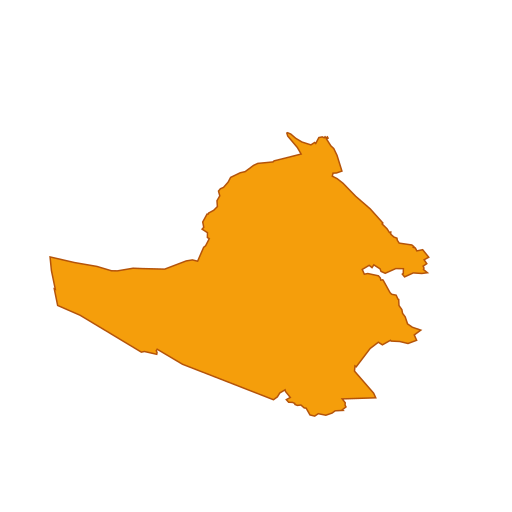 outline of Clondalkin Lea-7, South Dublin, Ireland, rotated 208°
{"feature_id": "5873133B52619752343390", "entity_name": "Clondalkin Lea-7", "entity_type": "district", "adm_level": 2, "iso_a3": "IRL", "parent_name": "Ireland", "parent_adm1": "South Dublin", "projection": "equal_earth", "projection_center": [-6.483, 53.28], "detail": "fine", "context": "isolated", "style": "filled", "palette": "amber", "viewbox_px": 512, "rotation_deg": 208, "n_neighbors": 0, "source": "geoboundaries", "source_scale": "gbopen_adm2", "svg_char_len": 2281}
<svg xmlns="http://www.w3.org/2000/svg" viewBox="0 0 512 512"><g transform="rotate(208 256 256)"><path d="M437.4,158.5L429.8,147.1L417.6,132.4L418.7,132.3L407.9,119.2L383.5,121.1L312.1,117.3L309.7,119.3L297.5,122.6L298.1,124.4L299.6,125.5L299.5,127.3L270.1,125.9L173.1,137.3L171.0,141.6L170.7,146.2L167.5,151.5L166.3,150.2L159.3,147.2L161.8,143.4L158.5,142.2L155.0,143.9L152.5,144.0L151.9,143.2L149.3,143.5L146.4,145.5L142.1,144.5L140.3,145.2L133.7,141.0L129.0,142.2L127.0,146.0L119.6,148.2L115.1,153.0L113.4,156.5L106.7,160.5L107.6,160.7L105.7,165.0L107.4,166.2L108.3,168.3L112.8,170.3L83.7,187.0L87.7,190.1L115.0,200.6L117.0,205.4L115.5,205.2L111.8,227.9L107.5,237.3L102.7,236.9L97.7,244.7L96.8,244.3L88.9,248.0L80.7,250.1L74.6,257.0L79.2,260.6L75.7,267.9L84.5,266.5L90.3,267.2L95.7,272.3L99.7,274.2L102.0,277.1L106.5,279.4L109.6,284.6L110.3,284.5L113.9,287.2L118.2,285.9L120.5,286.6L131.7,293.9L132.9,294.5L134.5,293.3L135.8,294.9L138.6,296.0L149.1,293.0L151.8,290.8L155.9,294.0L151.7,300.9L148.1,300.2L147.8,303.5L140.4,302.9L138.4,301.1L133.8,301.4L126.7,310.5L119.9,314.0L117.8,309.8L118.3,308.7L115.0,307.3L109.2,314.9L101.4,318.4L96.8,321.7L101.8,322.7L102.0,324.2L103.7,325.5L101.6,329.4L105.8,331.6L102.9,336.0L111.8,339.8L116.4,336.0L119.1,337.9L121.1,337.5L121.0,338.4L123.6,338.9L135.6,334.6L138.6,336.2L139.9,337.9L143.2,337.5L147.2,338.5L148.3,340.4L149.1,339.3L153.2,341.6L159.7,343.5L159.5,344.7L177.2,351.2L196.0,355.5L213.4,361.1L220.7,362.4L226.1,362.3L226.9,365.3L223.9,367.1L220.0,371.3L231.7,382.9L237.8,387.4L241.6,388.4L248.7,392.4L247.7,393.9L248.9,394.7L249.6,393.2L251.0,393.7L251.3,392.4L253.4,392.3L256.1,390.1L256.1,383.4L257.5,383.8L259.7,379.9L269.0,378.2L276.3,378.6L282.5,380.0L286.0,379.7L286.5,379.0L284.3,376.8L270.4,371.2L264.0,367.2L284.7,348.5L285.2,347.0L297.9,338.6L300.7,334.9L305.2,325.4L309.0,322.1L315.3,313.5L315.3,308.1L316.9,301.3L319.0,298.7L319.6,295.7L316.2,292.1L316.4,286.5L313.3,281.5L314.8,276.5L318.0,271.7L318.0,270.4L318.9,270.0L319.0,261.0L315.6,256.8L316.2,254.4L309.8,253.8L307.6,249.5L305.4,249.4L305.3,241.3L306.3,239.1L305.1,224.0L310.3,222.7L315.3,218.9L330.5,201.5L350.5,191.5L358.8,187.5L371.4,177.8L376.7,175.1L391.6,172.1L413.2,165.0L437.4,158.5Z" fill="#f59e0b" stroke="#b45309" stroke-width="1.5"/></g></svg>